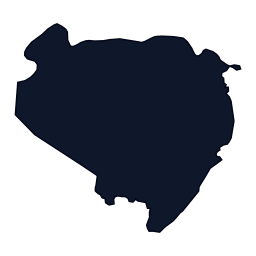 Taquaritinga do Norte, Pernambuco, Brazil (orthographic projection)
{"feature_id": "56859067B77753102220034", "entity_name": "Taquaritinga do Norte", "entity_type": "district", "adm_level": 2, "iso_a3": "BRA", "parent_name": "Brazil", "parent_adm1": "Pernambuco", "projection": "orthographic", "projection_center": [-36.11, -7.885], "detail": "fine", "context": "isolated", "style": "filled", "palette": "ink", "viewbox_px": 256, "rotation_deg": 0, "n_neighbors": 0, "source": "geoboundaries", "source_scale": "gbopen_adm2", "svg_char_len": 1663}
<svg xmlns="http://www.w3.org/2000/svg" viewBox="0 0 256 256"><path d="M134.0,41.2L119.8,38.9L109.7,39.7L103.5,40.8L95.1,41.1L92.0,40.9L89.3,40.6L85.9,40.9L80.6,42.7L77.7,44.6L73.1,46.6L70.4,46.2L67.6,40.1L67.3,32.0L65.7,29.3L61.6,26.2L57.0,23.9L53.8,25.2L48.1,28.9L42.3,34.4L38.2,37.4L31.7,42.2L26.8,48.1L24.9,51.8L24.7,55.4L27.5,58.8L35.1,61.2L37.5,64.6L37.1,70.1L34.1,74.0L30.6,77.4L24.9,80.8L17.8,82.4L15.4,114.7L34.7,134.5L76.2,161.5L84.4,166.9L97.4,175.6L96.1,185.2L95.4,187.7L95.4,191.0L98.1,193.5L100.4,194.6L102.2,197.8L105.1,198.6L105.7,202.8L109.1,204.9L114.0,203.9L113.6,199.0L115.2,196.6L117.8,195.9L121.7,196.5L125.4,196.6L128.2,198.4L129.2,201.4L133.0,202.0L135.7,199.1L137.5,200.8L141.2,201.6L145.9,202.5L147.5,208.2L150.4,208.4L149.5,212.4L149.6,217.3L146.7,225.0L147.6,228.5L149.1,231.2L152.8,231.1L159.7,232.1L164.7,227.1L173.5,220.5L180.2,212.7L182.6,210.9L198.6,191.1L199.0,186.8L201.6,182.5L203.5,179.4L205.4,176.3L210.2,168.2L221.7,159.8L219.6,156.9L217.1,156.7L215.9,154.1L217.3,151.6L219.8,150.0L219.4,147.5L223.3,144.9L227.2,144.1L228.8,142.1L231.1,138.0L231.6,134.9L233.9,121.1L233.3,116.9L231.0,101.1L229.2,96.9L226.0,93.5L228.4,91.1L228.3,87.3L225.2,87.3L226.1,84.8L223.9,83.0L223.6,78.3L221.3,76.2L221.9,72.6L226.4,70.5L229.6,66.1L226.4,64.6L223.5,62.5L220.2,60.2L218.8,57.0L216.6,54.4L212.8,51.7L205.9,49.3L203.5,50.6L201.9,53.5L199.0,55.8L196.3,55.9L194.4,54.0L191.6,48.1L187.5,42.0L183.4,38.3L181.0,37.8L173.2,36.7L161.8,36.2L156.3,36.5L153.8,37.1L150.1,38.9L144.7,41.6L141.6,42.5L134.0,41.2ZM229.6,66.1L233.0,67.4L236.6,70.0L240.6,68.9L239.5,65.9L234.5,65.0L229.6,66.1Z" fill="#0f172a" stroke="#020617" stroke-width="1.5"/></svg>